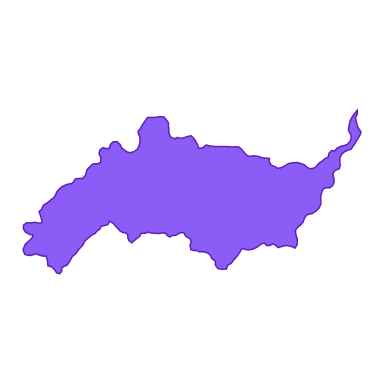 Dionísio, Minas Gerais, Brazil (Natural Earth projection)
{"feature_id": "56859067B79280844892773", "entity_name": "Dionísio", "entity_type": "district", "adm_level": 2, "iso_a3": "BRA", "parent_name": "Brazil", "parent_adm1": "Minas Gerais", "projection": "natural_earth1", "projection_center": [-42.668, -19.831], "detail": "fine", "context": "isolated", "style": "filled", "palette": "violet", "viewbox_px": 384, "rotation_deg": 0, "n_neighbors": 0, "source": "geoboundaries", "source_scale": "gbopen_adm2", "svg_char_len": 3552}
<svg xmlns="http://www.w3.org/2000/svg" viewBox="0 0 384 384"><path d="M361.0,131.9L358.3,128.0L357.2,125.1L356.2,121.6L355.5,117.6L357.4,113.9L357.2,110.3L354.8,113.3L352.3,116.6L350.0,121.1L349.2,124.8L348.4,130.2L351.0,135.1L351.1,138.6L350.0,141.5L347.4,144.2L344.7,145.5L341.2,146.2L337.2,148.1L334.8,150.8L331.6,150.6L328.9,153.4L328.1,157.2L324.8,158.8L322.3,161.0L319.9,162.4L317.8,164.6L315.0,167.7L311.0,168.8L307.4,167.7L304.4,164.8L300.2,163.3L297.4,162.5L294.2,162.7L289.6,163.2L286.6,164.7L284.3,166.2L281.2,167.7L277.4,168.3L275.2,166.7L271.4,165.2L269.3,162.0L269.4,158.4L266.3,158.1L262.4,157.9L258.6,156.5L256.0,156.1L253.4,155.8L250.6,156.3L248.0,156.1L245.6,154.2L243.7,151.8L241.5,149.2L238.9,147.0L235.0,146.8L231.7,147.0L227.5,146.6L222.6,146.6L219.4,146.5L216.0,146.6L209.9,146.0L206.1,145.0L202.8,147.6L199.1,148.5L197.5,144.6L195.6,141.0L193.4,138.0L191.0,135.7L187.4,136.6L183.4,137.9L180.3,138.4L177.5,137.4L174.6,138.8L170.5,137.0L168.9,133.1L168.9,129.4L168.5,126.2L168.4,122.7L166.8,120.4L163.9,117.0L159.6,116.6L156.0,117.3L151.8,117.4L147.6,117.5L145.2,120.7L143.4,123.4L141.7,126.1L140.2,128.8L138.0,131.4L138.7,134.4L139.9,137.2L140.0,142.2L139.2,145.4L137.3,149.4L133.6,151.8L129.9,152.7L126.9,151.8L124.6,150.2L121.6,147.8L120.0,144.4L117.1,141.7L113.3,141.8L110.5,144.2L109.2,148.3L106.0,148.6L103.1,147.6L100.0,149.7L99.0,153.7L100.9,157.4L100.7,162.1L97.9,163.8L94.9,163.7L92.4,164.2L90.1,166.5L87.0,169.6L85.6,174.9L82.9,178.3L78.7,178.5L75.4,178.9L73.7,181.7L71.6,183.6L68.9,183.9L65.3,185.1L62.2,186.5L59.5,188.9L56.9,191.7L55.7,194.6L53.8,197.7L50.8,199.9L47.1,203.0L43.5,205.1L41.6,209.3L39.1,211.5L40.1,214.6L41.2,218.1L42.3,222.3L39.7,223.4L37.2,222.7L34.6,222.3L30.9,222.9L26.5,222.8L23.5,225.2L23.4,228.7L25.4,232.1L29.6,234.4L33.1,235.1L32.0,237.9L29.8,240.2L27.6,242.1L25.2,244.4L23.0,249.7L24.8,254.4L27.5,255.1L30.5,255.5L33.3,254.7L35.8,253.8L38.5,254.8L42.3,256.0L46.0,256.2L47.3,259.9L47.9,265.8L51.8,266.9L54.5,269.5L56.6,272.9L59.7,273.7L61.7,271.4L61.7,267.9L64.1,266.3L67.1,265.1L69.6,261.4L72.5,256.3L75.6,253.9L78.4,249.9L82.8,245.1L84.6,241.4L87.1,239.0L89.5,237.0L92.3,234.8L95.1,233.5L96.9,231.1L99.8,229.2L101.2,226.2L104.4,225.5L107.7,224.7L109.7,221.2L112.9,223.1L116.2,226.6L119.6,230.6L122.5,232.4L125.5,232.9L127.7,234.7L127.8,237.7L128.9,240.6L131.7,242.8L134.9,240.1L137.1,238.2L139.8,236.2L141.1,233.2L144.8,233.4L148.0,232.2L151.4,233.0L155.5,233.4L159.0,233.5L162.7,232.9L165.8,233.4L167.4,235.7L169.8,237.0L172.4,235.5L175.9,235.3L179.1,233.2L183.6,232.4L185.6,236.1L190.1,238.8L191.2,242.1L190.0,245.1L190.9,249.7L194.0,250.6L196.6,250.4L198.9,251.7L203.7,251.8L207.7,252.9L210.5,255.4L211.9,258.6L215.3,261.1L215.5,265.3L217.9,268.5L221.4,269.3L226.4,269.0L227.8,265.1L231.2,263.4L233.3,260.3L236.2,257.3L239.3,252.9L242.0,248.7L245.0,249.2L247.6,249.9L250.8,249.6L254.3,248.6L257.8,246.7L261.1,244.0L264.1,243.1L267.1,245.7L270.2,245.4L272.5,243.8L275.3,244.9L278.1,247.6L283.0,246.1L286.6,245.4L289.6,246.1L292.1,246.7L295.0,248.1L297.1,244.7L297.3,239.0L295.9,234.9L295.4,230.2L298.1,226.9L300.6,225.0L303.1,222.1L304.7,217.6L306.7,215.0L309.1,214.1L312.3,213.5L315.9,211.1L318.9,208.3L320.8,204.4L320.9,200.8L320.6,196.8L321.6,192.7L323.4,188.7L326.5,187.7L329.7,187.9L332.8,185.4L334.1,182.2L333.8,178.3L332.9,174.1L334.2,171.2L336.5,169.8L339.2,168.8L340.2,165.6L339.8,161.8L339.9,158.2L341.5,154.4L344.5,151.8L347.9,150.1L351.1,149.2L352.7,146.8L354.7,143.9L356.7,140.6L358.3,137.9L360.0,135.1L361.0,131.9Z" fill="#8b5cf6" stroke="#5b21b6" stroke-width="1.5"/></svg>